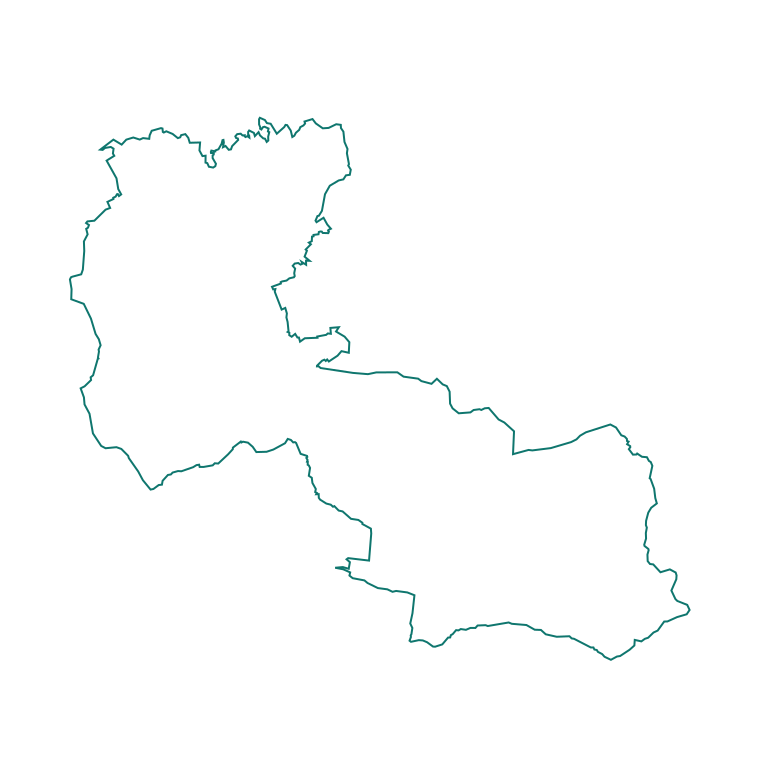 outline of Livezile, Bistrita-Nasaud, Romania, rotated 4°
{"feature_id": "2599482B94998463214771", "entity_name": "Livezile", "entity_type": "district", "adm_level": 2, "iso_a3": "ROU", "parent_name": "Romania", "parent_adm1": "Bistrita-Nasaud", "projection": "mercator", "projection_center": [24.633, 47.178], "detail": "fine", "context": "isolated", "style": "outline", "palette": "teal", "viewbox_px": 768, "rotation_deg": 4, "n_neighbors": 0, "source": "geoboundaries", "source_scale": "gbopen_adm2", "svg_char_len": 6117}
<svg xmlns="http://www.w3.org/2000/svg" viewBox="0 0 768 768"><g transform="rotate(4 384 384)"><path d="M704.6,588.1L701.9,583.2L691.8,580.0L689.7,578.2L685.1,570.0L689.2,558.4L689.2,554.5L688.1,551.7L682.1,549.0L672.9,552.5L665.2,545.2L661.9,545.0L659.4,542.3L658.7,535.8L659.6,531.3L659.2,530.1L655.2,527.4L654.8,526.2L656.2,519.9L655.6,514.4L656.2,508.9L655.1,506.5L655.0,502.2L656.6,493.9L659.2,488.8L664.5,484.1L662.6,478.9L660.8,469.6L656.6,460.2L655.6,459.5L657.4,446.9L655.6,443.3L653.6,442.2L651.4,438.7L646.4,438.6L641.4,435.7L640.8,436.7L637.3,437.1L632.8,431.9L634.1,429.9L633.9,428.8L630.7,427.1L632.0,424.4L630.4,423.9L630.1,421.8L627.7,419.6L624.3,418.6L618.5,411.2L612.6,408.6L588.8,418.1L583.2,421.9L579.9,425.8L574.7,428.9L554.9,436.3L536.6,439.9L532.8,439.7L517.6,445.0L517.0,422.1L506.7,414.0L500.8,411.4L490.1,400.6L486.2,401.2L482.9,403.1L481.0,402.5L475.2,403.7L472.2,406.3L460.6,408.0L454.1,403.5L451.3,399.0L450.0,387.1L446.8,381.7L442.6,380.3L436.4,375.1L431.4,380.5L421.1,378.5L417.7,376.3L403.0,375.3L396.5,371.4L375.4,373.0L367.3,375.3L352.2,375.1L319.7,372.5L317.5,370.9L315.9,371.1L315.9,370.4L320.6,365.1L322.8,363.9L324.3,365.1L325.6,363.5L327.4,365.4L335.7,359.0L339.3,354.2L346.7,355.3L346.5,344.7L341.4,339.5L332.5,335.0L335.0,330.5L326.6,331.8L327.5,337.6L324.4,337.5L322.9,339.0L314.1,341.3L314.4,342.5L301.8,343.9L297.3,347.6L295.9,343.6L294.4,343.7L291.9,340.2L288.6,343.3L286.1,341.9L286.0,339.5L284.3,338.8L285.1,338.1L283.5,328.8L282.0,324.4L282.2,320.4L280.2,315.0L276.7,316.9L268.6,299.6L269.0,296.9L266.9,297.4L265.5,294.8L274.1,291.0L273.8,289.6L275.2,288.8L279.6,287.6L282.2,285.2L286.7,283.8L287.4,282.6L286.7,279.7L287.3,275.1L284.7,272.5L286.5,270.1L290.0,269.3L292.4,270.7L294.3,269.7L293.3,267.9L298.0,270.5L297.6,266.4L301.2,266.3L295.9,262.5L297.8,256.4L296.5,255.3L301.3,249.7L299.2,248.2L302.0,246.6L301.9,242.0L303.4,241.6L303.3,240.2L308.2,239.2L308.4,236.9L309.9,236.3L311.3,236.3L312.3,237.6L317.9,237.4L318.4,235.9L317.5,235.0L317.8,234.2L320.2,232.8L316.3,228.9L312.1,222.4L305.4,227.3L304.3,225.8L305.9,221.1L307.3,220.7L310.0,215.6L311.9,198.8L316.1,190.0L324.6,184.1L329.2,182.7L331.5,178.5L335.3,177.7L335.9,172.5L333.1,168.6L333.7,167.1L330.9,156.4L331.2,152.1L327.7,145.3L325.9,135.1L323.2,131.7L322.8,128.5L318.2,128.2L310.9,132.4L305.1,133.2L297.8,128.8L294.2,124.7L286.4,127.7L287.1,129.7L285.6,131.7L282.6,133.6L281.7,136.4L278.6,139.5L277.2,142.6L275.3,144.0L273.3,137.7L269.3,132.5L267.7,132.4L266.6,134.6L259.6,141.8L252.8,132.3L249.0,131.9L246.8,129.0L241.6,127.1L240.9,128.6L241.3,133.8L242.7,136.7L242.6,138.0L243.9,138.7L245.4,136.2L246.9,135.7L251.0,137.2L250.6,140.2L252.0,140.8L251.2,145.3L251.6,149.2L250.1,150.7L248.2,147.6L246.4,147.4L242.9,144.6L241.3,141.5L237.9,145.7L236.7,142.6L231.8,140.5L230.9,142.0L231.1,144.7L232.1,145.4L232.5,147.6L230.4,146.3L228.6,147.3L227.6,146.5L227.7,145.6L225.5,145.9L223.6,144.3L220.1,145.0L218.4,147.3L219.3,148.9L221.1,149.3L221.5,150.7L215.9,157.3L215.0,160.6L212.8,161.2L209.3,157.6L206.9,159.0L207.4,154.3L206.8,151.7L205.9,152.0L205.4,154.8L206.3,154.8L206.1,155.8L204.9,156.4L202.5,161.4L199.6,162.7L199.5,163.7L195.5,163.2L195.1,164.6L195.3,165.6L198.1,165.5L198.1,167.0L197.1,167.9L197.3,170.6L201.0,176.1L200.5,178.5L198.5,180.0L194.2,179.5L192.3,176.0L190.5,175.6L190.1,168.7L187.0,169.3L183.6,163.9L183.7,155.9L173.4,156.9L171.6,152.1L168.4,148.6L164.3,149.9L163.5,152.1L161.2,153.1L155.7,149.3L149.2,147.1L146.8,148.5L145.8,148.0L145.2,144.6L143.7,144.3L134.6,147.6L132.9,152.3L132.7,155.8L126.5,155.5L123.3,157.2L116.7,155.6L109.9,158.2L105.6,163.5L97.0,159.1L84.6,170.0L87.0,170.1L89.2,168.0L94.9,166.6L97.8,168.1L97.5,173.0L99.0,175.2L91.7,180.5L102.8,197.5L105.3,208.1L108.6,213.2L106.5,215.0L105.2,213.1L104.4,213.3L103.2,215.8L100.9,217.1L101.2,218.3L95.4,221.6L98.5,227.5L94.1,229.5L83.7,241.3L76.8,242.5L75.6,244.2L78.6,246.0L77.8,248.7L76.1,250.0L77.9,255.4L74.7,262.7L75.7,272.2L75.6,290.9L74.3,295.7L65.6,298.7L64.3,299.4L63.4,301.6L65.7,311.1L66.1,321.3L78.9,325.0L87.1,339.2L92.8,354.2L96.4,359.2L98.6,365.1L96.9,369.6L97.4,371.5L96.8,377.5L97.4,378.5L96.7,378.9L93.2,395.6L90.9,397.8L91.5,400.5L85.5,407.2L81.7,409.5L85.6,418.3L86.7,425.3L92.3,434.2L97.1,453.6L106.2,465.5L110.7,467.5L121.5,465.7L126.5,467.1L133.8,473.5L134.6,475.7L144.9,488.4L150.2,496.8L158.5,505.6L161.3,504.8L166.3,500.5L169.5,499.9L169.9,496.0L174.8,489.8L177.7,489.1L179.3,487.1L184.6,485.2L187.9,485.2L199.4,480.3L202.6,478.0L205.2,477.4L205.9,479.6L209.9,479.3L218.8,477.1L220.7,474.9L224.2,474.9L233.4,465.0L237.7,459.6L237.7,458.0L245.2,451.4L245.8,452.3L247.4,451.4L252.4,452.0L257.4,455.8L261.4,460.8L271.6,459.8L278.2,457.1L289.4,450.0L291.8,445.5L295.0,446.3L297.5,448.6L299.2,448.2L300.4,448.9L305.7,459.5L312.2,461.1L312.6,462.1L311.7,463.2L313.1,465.2L312.6,466.9L313.4,467.0L313.5,469.9L314.7,470.5L316.1,472.9L315.4,480.8L318.5,482.6L319.5,487.7L323.3,493.5L322.9,496.6L324.7,497.4L324.1,498.7L326.5,498.4L326.9,502.1L328.3,503.8L334.8,507.3L339.3,508.1L341.7,510.0L343.0,509.3L347.6,513.4L351.6,514.0L360.5,520.8L367.9,521.4L372.1,523.9L372.2,525.2L381.0,529.2L381.7,534.0L381.4,561.2L360.4,560.2L358.9,561.5L362.4,564.1L361.7,570.8L355.7,569.5L348.1,570.7L356.3,571.7L363.4,574.3L362.9,577.5L366.3,579.9L378.2,581.3L381.5,583.7L392.1,588.0L401.7,588.6L407.0,590.7L410.5,589.6L421.8,590.3L429.1,592.6L428.4,610.7L426.9,621.1L429.3,625.4L428.8,631.7L428.2,632.9L428.5,634.5L427.4,638.3L428.9,639.3L436.6,637.1L440.6,637.1L445.0,638.6L451.2,642.5L453.3,642.5L460.3,639.7L465.6,632.5L467.7,632.2L468.2,629.9L470.0,628.7L473.1,624.5L475.5,624.6L477.7,623.1L482.9,623.5L487.2,621.3L492.2,621.0L494.2,618.4L502.2,617.5L504.4,618.2L525.0,613.2L528.2,614.3L542.9,614.5L551.5,618.6L557.7,618.4L562.8,622.4L573.9,624.1L586.6,622.7L589.0,624.7L591.3,624.9L608.7,632.4L611.3,632.2L612.4,634.2L614.8,634.5L616.1,636.3L620.5,638.2L623.0,640.7L629.6,643.3L635.4,639.6L638.5,638.9L647.5,632.0L652.0,627.4L652.0,621.8L658.7,622.8L662.0,620.0L665.2,618.7L670.2,613.1L674.2,610.9L680.1,601.4L683.3,601.1L692.6,596.1L702.0,592.6L704.6,588.1Z" fill="none" stroke="#0f766e" stroke-width="2"/></g></svg>